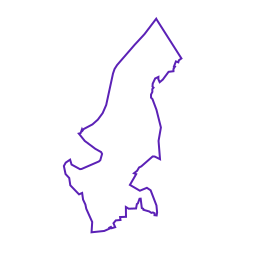 Rathfarnham-Templeogue Lea-7, South Dublin, Ireland (Mercator projection), rotated 69°
{"feature_id": "5873133B53236888047541", "entity_name": "Rathfarnham-Templeogue Lea-7", "entity_type": "district", "adm_level": 2, "iso_a3": "IRL", "parent_name": "Ireland", "parent_adm1": "South Dublin", "projection": "mercator", "projection_center": [-6.311, 53.305], "detail": "fine", "context": "isolated", "style": "outline", "palette": "violet", "viewbox_px": 256, "rotation_deg": 69, "n_neighbors": 0, "source": "geoboundaries", "source_scale": "gbopen_adm2", "svg_char_len": 1372}
<svg xmlns="http://www.w3.org/2000/svg" viewBox="0 0 256 256"><g transform="rotate(69 128 128)"><path d="M115.6,175.9L124.6,173.0L135.7,166.0L140.9,161.7L142.9,161.5L148.1,165.4L148.8,167.2L149.6,186.0L149.2,187.6L141.9,193.8L136.8,193.4L138.0,198.5L140.5,201.5L148.6,202.8L153.6,200.8L160.8,202.4L172.4,197.5L172.2,194.1L178.7,195.6L184.2,195.2L188.4,195.9L202.9,195.1L212.3,199.4L215.6,187.1L215.3,181.1L214.4,181.2L214.2,179.4L215.7,179.1L216.0,175.5L211.7,175.7L209.9,172.5L211.2,168.0L208.3,167.3L210.2,161.7L201.0,158.3L203.6,156.3L206.0,149.3L202.2,147.0L201.9,145.8L198.2,142.6L198.5,141.5L207.7,143.8L208.9,142.7L209.9,142.9L213.5,138.1L215.6,136.6L215.8,135.0L217.2,133.7L218.9,134.5L219.9,132.6L217.3,131.1L210.5,129.2L194.3,129.2L190.6,131.8L190.8,139.4L181.8,146.6L174.0,136.9L172.4,138.6L171.2,134.8L168.8,131.8L168.6,129.4L163.4,115.2L164.2,113.3L168.6,109.3L151.0,104.1L139.3,97.1L121.2,94.9L109.8,94.8L107.9,95.6L105.0,94.5L103.0,92.3L100.4,91.4L99.5,89.7L98.1,90.3L95.4,89.0L91.5,84.9L91.2,81.3L93.4,82.2L96.6,82.0L95.3,78.2L90.1,70.0L91.3,65.2L89.2,64.4L87.6,62.3L87.1,63.1L83.0,59.4L84.7,57.5L83.0,56.2L82.2,53.2L37.0,62.4L36.1,62.5L46.3,79.0L52.6,91.8L65.3,115.6L68.1,119.4L71.8,122.5L98.7,140.1L105.0,146.3L109.4,153.2L111.9,159.9L113.1,169.8L114.1,171.3L112.7,171.4L115.8,174.1L115.6,175.9Z" fill="none" stroke="#5b21b6" stroke-width="2"/></g></svg>